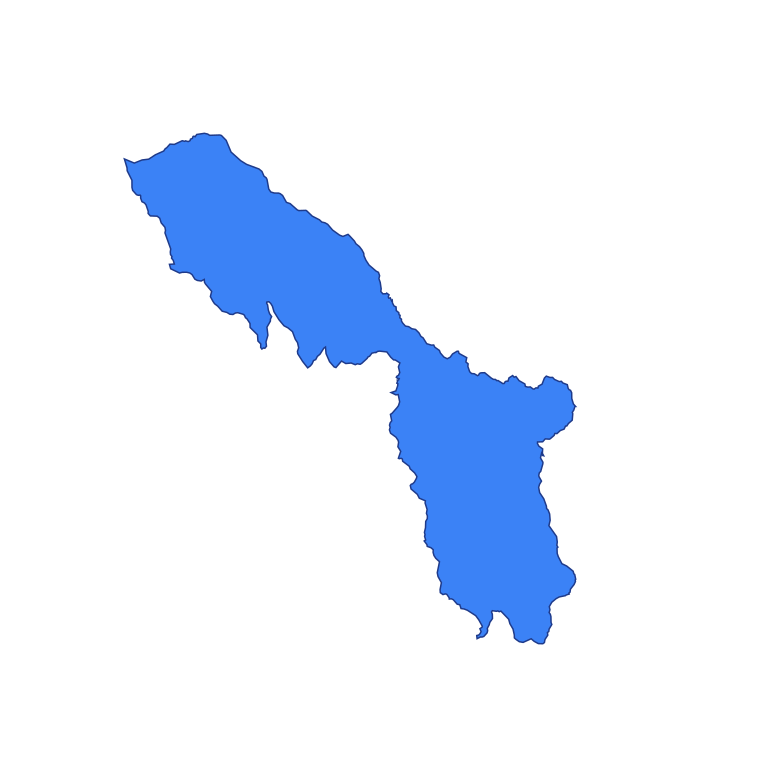 Cerbal, Hunedoara, Romania (Natural Earth projection), rotated 71°
{"feature_id": "2599482B29050657769983", "entity_name": "Cerbal", "entity_type": "district", "adm_level": 2, "iso_a3": "ROU", "parent_name": "Romania", "parent_adm1": "Hunedoara", "projection": "natural_earth1", "projection_center": [22.62, 45.762], "detail": "fine", "context": "isolated", "style": "filled", "palette": "blue", "viewbox_px": 768, "rotation_deg": 71, "n_neighbors": 0, "source": "geoboundaries", "source_scale": "gbopen_adm2", "svg_char_len": 6140}
<svg xmlns="http://www.w3.org/2000/svg" viewBox="0 0 768 768"><g transform="rotate(71 384 384)"><path d="M98.8,557.4L109.3,556.0L116.1,558.3L119.1,558.6L124.4,556.4L125.6,554.9L126.0,553.1L126.7,552.8L129.1,553.6L132.8,553.5L134.9,551.5L137.2,550.7L143.9,550.7L146.0,551.5L149.0,550.2L151.5,543.8L154.2,542.1L159.1,542.2L164.5,540.1L167.7,540.6L169.8,541.9L186.9,541.7L189.6,543.1L192.1,543.7L194.4,543.0L195.8,543.9L198.6,543.0L202.3,543.2L201.0,547.9L205.6,548.2L212.5,541.2L212.7,538.4L214.1,534.2L215.8,531.5L218.0,529.9L223.3,528.7L225.3,526.8L227.1,523.3L226.6,519.9L229.4,520.6L231.4,520.2L240.3,516.8L244.8,519.7L249.8,518.9L252.9,518.1L256.2,515.9L262.5,513.3L265.2,509.2L267.8,507.1L269.1,504.2L268.5,501.3L269.0,499.0L272.2,494.5L273.5,493.6L276.2,493.4L277.9,492.3L283.1,491.0L287.0,492.2L296.3,487.6L302.3,489.2L306.0,487.5L309.3,488.7L311.2,488.1L310.7,486.3L311.4,485.0L310.0,482.8L305.8,481.9L300.1,477.9L292.2,476.2L287.6,471.0L285.6,470.2L283.7,468.3L280.2,469.3L276.5,469.3L271.2,468.3L269.5,468.7L268.4,468.2L268.7,466.1L270.9,464.9L274.1,464.2L279.8,464.5L289.0,462.4L296.4,459.6L299.7,456.5L304.7,453.5L312.8,453.3L316.7,452.3L322.0,452.9L324.9,455.2L327.3,455.7L336.2,453.6L343.9,450.9L342.9,447.7L341.5,445.4L338.9,443.0L338.7,440.6L336.2,438.0L335.0,434.8L330.6,429.3L330.0,427.3L336.4,428.9L345.2,428.2L351.6,425.6L352.8,424.1L348.5,416.7L352.2,413.5L353.5,408.2L356.4,404.9L356.2,402.7L357.6,400.1L357.2,398.2L354.3,391.6L353.3,390.5L353.0,388.5L350.9,385.4L351.3,381.8L351.7,381.5L351.1,379.4L351.5,377.4L354.6,370.9L360.9,368.9L364.3,367.1L365.0,365.5L369.2,362.1L372.5,364.8L378.4,365.4L380.5,367.5L380.9,369.4L381.7,370.2L383.1,369.3L383.8,367.9L384.9,368.9L384.7,370.2L385.5,370.1L387.4,371.6L388.2,370.8L390.2,371.7L394.4,375.0L394.4,380.1L398.1,376.4L398.6,374.0L406.0,375.0L409.2,377.4L410.6,379.4L414.3,385.9L414.8,387.8L421.3,388.7L422.6,390.7L424.7,392.2L427.0,392.3L429.1,393.8L432.7,393.8L438.2,390.0L442.0,389.0L443.9,389.2L447.9,391.3L453.1,390.1L458.9,394.6L459.6,393.9L459.9,391.9L460.9,391.1L463.1,391.5L470.0,386.9L472.7,386.9L478.0,384.0L482.1,383.0L483.6,383.9L486.7,387.3L487.7,389.5L487.6,390.8L488.5,392.2L492.1,392.6L499.2,388.4L503.5,387.8L507.9,382.9L509.9,383.9L516.7,384.1L520.1,386.0L522.8,385.9L525.4,386.9L527.5,389.3L533.5,391.6L537.5,394.1L540.0,394.3L541.1,395.2L545.1,395.4L545.5,397.1L549.8,395.7L551.6,396.0L554.1,392.9L556.7,391.4L559.2,392.4L562.4,392.6L565.7,391.8L570.1,389.4L579.8,395.1L583.7,395.6L590.5,394.4L596.6,397.9L599.6,398.7L602.3,396.8L602.4,394.4L603.3,393.1L607.3,392.0L608.6,392.3L609.0,390.3L610.5,388.7L616.0,386.5L617.4,384.2L621.4,384.3L622.8,381.5L625.1,378.8L632.9,372.7L637.7,371.2L645.0,369.9L645.9,370.5L646.6,373.0L649.7,372.8L651.3,374.4L652.2,376.2L652.0,378.2L655.1,378.9L654.6,375.1L655.2,373.7L655.2,371.8L652.9,367.6L651.0,366.3L648.7,365.9L645.9,362.9L643.9,361.6L641.1,357.8L636.9,356.5L634.6,356.6L633.6,355.4L635.5,351.7L635.6,350.3L636.8,349.2L636.8,347.4L647.0,342.7L651.6,343.0L657.7,341.8L663.7,342.5L666.5,343.4L668.4,342.4L671.7,340.0L673.6,336.6L672.8,327.8L676.2,325.8L679.7,322.6L681.3,318.4L680.7,316.5L678.0,315.0L674.8,310.9L672.2,310.4L671.7,308.8L669.5,307.7L666.0,303.6L663.9,303.7L658.3,301.9L655.9,301.7L653.9,302.3L651.5,300.6L648.3,300.2L645.0,296.4L643.0,291.2L642.4,287.6L643.2,281.3L642.8,280.4L642.9,277.3L641.9,277.3L641.4,275.9L638.7,274.5L635.5,269.6L633.1,267.3L631.5,267.0L631.1,266.3L626.2,265.7L625.2,266.3L622.6,266.1L615.6,270.5L611.8,274.3L604.1,275.4L600.6,275.4L595.4,273.8L594.9,272.7L592.8,273.1L589.8,271.6L584.4,270.5L571.6,274.2L567.0,271.3L560.8,269.7L556.4,269.9L554.7,270.8L552.3,270.2L544.6,270.3L537.4,272.2L532.0,271.4L529.4,269.5L527.1,266.7L522.1,267.6L520.7,267.4L518.5,266.0L517.7,264.3L511.2,259.8L509.7,259.2L504.8,260.1L500.8,257.6L503.2,257.3L503.8,256.4L501.1,256.8L497.0,255.1L493.2,257.8L490.3,258.3L488.8,257.7L490.3,252.8L488.4,249.4L490.0,245.6L489.9,244.6L488.0,239.9L486.4,238.6L487.2,236.6L485.4,232.4L485.3,228.4L482.9,226.1L483.2,224.8L481.4,222.5L479.5,217.8L473.6,215.2L472.1,215.2L470.5,213.1L467.3,210.7L467.5,210.2L464.6,211.4L458.9,211.2L453.4,209.4L450.7,209.7L449.7,210.8L448.2,211.3L444.3,210.9L441.3,214.5L439.2,215.4L438.7,217.6L435.2,221.3L432.7,222.4L431.8,225.0L429.4,228.0L430.6,230.4L435.6,234.6L436.3,238.7L437.9,239.8L437.1,241.6L437.7,243.7L437.2,244.7L434.4,246.6L433.8,249.0L432.3,251.1L429.8,250.8L424.8,255.2L419.9,256.8L419.9,258.7L417.9,259.6L418.9,263.8L421.7,265.9L421.1,267.6L421.4,268.9L422.6,270.2L422.3,271.5L417.9,275.0L417.5,276.3L416.0,277.1L415.2,279.1L413.4,280.6L406.1,285.1L405.0,288.7L405.1,290.3L406.4,291.7L406.6,292.8L403.7,295.3L402.6,297.8L400.3,299.0L394.7,299.0L392.3,297.9L389.8,299.4L386.0,297.2L379.5,303.1L377.3,303.0L376.8,304.2L377.9,309.4L380.2,312.7L380.7,316.0L378.0,318.6L373.0,320.6L370.3,320.7L365.7,324.0L363.3,324.3L362.7,326.5L359.8,330.5L353.1,332.0L351.0,333.6L347.0,334.3L342.7,336.4L340.8,339.7L337.8,342.0L336.2,344.9L332.7,346.4L330.1,347.0L328.4,346.4L326.5,347.5L324.3,346.4L323.4,347.2L321.3,346.8L318.6,348.5L315.0,347.5L313.5,349.1L310.1,349.6L307.4,348.9L307.8,349.8L304.6,350.0L304.5,351.4L304.1,351.6L303.0,351.6L301.3,350.2L298.9,351.9L299.3,352.7L298.4,355.7L295.5,356.9L293.1,355.7L286.8,354.5L282.7,354.5L280.2,352.9L276.6,352.9L274.7,354.7L266.7,359.4L261.1,360.8L256.2,361.2L253.8,360.6L250.0,361.2L246.1,362.5L242.2,364.9L239.3,365.4L232.7,368.3L230.8,369.3L231.1,374.8L228.8,377.5L221.7,382.5L214.6,385.3L212.3,387.4L210.6,390.1L207.7,391.6L201.9,397.2L195.1,400.7L194.4,401.3L192.3,408.1L191.2,409.3L182.9,414.0L180.5,417.1L172.7,418.5L170.2,420.2L169.2,421.5L167.7,425.6L165.6,428.5L162.2,429.5L152.4,428.0L150.6,428.3L148.4,429.8L143.3,430.2L140.0,432.2L131.6,442.4L126.2,446.8L114.9,453.1L102.2,453.9L96.1,456.8L95.1,458.2L92.1,467.9L90.3,469.3L88.5,472.2L87.1,479.8L88.7,482.1L87.8,483.0L87.8,484.0L89.4,485.2L89.5,487.3L90.7,488.0L91.0,489.3L91.0,490.3L89.5,492.5L89.7,493.4L88.3,495.6L89.2,504.2L87.5,508.3L90.0,512.8L90.2,514.1L92.0,516.5L92.8,525.4L94.8,533.3L93.4,539.8L93.8,548.2L86.7,556.2L96.0,556.6L98.8,557.4Z" fill="#3b82f6" stroke="#1e3a8a" stroke-width="1.5"/></g></svg>